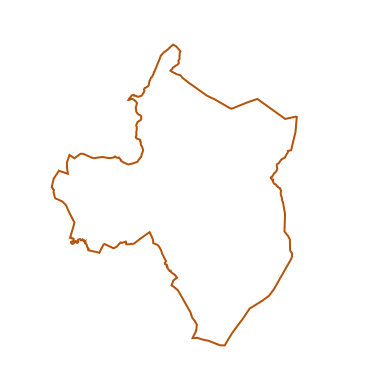 the district of Bagudu, Kebbi, Nigeria, rotated 214°
{"feature_id": "59680162B25890229119009", "entity_name": "Bagudu", "entity_type": "district", "adm_level": 2, "iso_a3": "NGA", "parent_name": "Nigeria", "parent_adm1": "Kebbi", "projection": "natural_earth1", "projection_center": [4.112, 11.314], "detail": "fine", "context": "isolated", "style": "outline", "palette": "amber", "viewbox_px": 384, "rotation_deg": 214, "n_neighbors": 0, "source": "geoboundaries", "source_scale": "gbopen_adm2", "svg_char_len": 5938}
<svg xmlns="http://www.w3.org/2000/svg" viewBox="0 0 384 384"><g transform="rotate(214 192 192)"><path d="M158.0,108.3L156.7,103.1L153.7,103.2L148.6,102.6L126.0,91.4L122.6,88.7L121.1,87.7L118.0,86.8L115.1,85.4L113.8,84.7L111.9,81.3L111.2,79.7L110.7,78.2L110.5,75.9L110.3,74.0L110.0,72.4L109.8,71.2L108.1,72.4L106.2,74.0L100.7,75.6L94.8,78.0L83.2,80.5L79.1,83.1L79.6,91.0L79.8,97.4L79.5,106.8L79.0,114.5L79.0,127.6L72.8,141.5L70.2,148.8L69.7,156.7L72.4,192.3L73.1,194.6L74.1,196.3L75.5,197.5L77.2,197.9L78.5,199.1L80.6,202.0L84.2,207.3L87.7,209.2L93.2,210.9L102.6,225.8L110.7,234.2L112.6,235.5L113.7,236.7L114.3,237.6L115.3,238.2L116.3,239.0L116.9,239.6L117.6,240.3L118.2,241.3L118.5,242.0L119.0,243.0L119.5,243.3L120.4,243.5L120.9,244.3L121.9,244.2L123.3,244.1L123.8,244.1L124.0,244.5L124.9,244.3L126.5,245.1L128.6,244.8L131.0,246.0L131.3,247.0L131.6,247.6L132.2,247.0L134.6,247.7L134.8,248.3L133.9,249.6L134.3,250.5L134.2,252.0L134.4,252.9L134.1,253.9L133.8,255.6L133.8,256.9L134.1,258.6L135.0,259.7L136.8,261.6L137.0,263.0L136.2,264.2L136.1,268.9L134.4,272.3L134.1,272.8L134.5,273.4L134.7,278.4L135.4,279.6L133.2,282.1L139.8,299.7L147.1,312.8L147.9,312.7L155.6,304.7L189.8,305.7L195.2,298.7L205.7,283.2L206.1,283.3L206.4,283.2L206.8,282.9L207.0,282.7L225.5,281.5L228.3,280.9L233.9,280.2L251.4,280.7L255.8,280.7L264.0,281.4L266.7,282.3L268.2,281.7L268.9,281.6L270.0,281.3L270.5,281.1L271.3,281.0L271.6,280.9L272.8,281.0L273.1,280.8L273.5,280.7L274.0,280.7L274.4,280.7L275.5,280.5L276.0,280.5L277.7,280.5L277.6,281.0L277.3,282.4L277.3,283.1L277.3,283.8L277.4,284.5L276.8,285.7L276.3,287.3L275.5,288.8L274.9,291.2L276.8,293.4L276.7,295.3L278.3,297.6L279.8,300.2L280.3,302.2L286.7,303.9L290.0,303.6L291.3,299.2L291.5,297.5L293.0,293.0L293.4,292.3L294.1,287.5L293.2,284.2L292.1,278.5L291.1,274.2L290.9,272.5L290.4,270.8L290.7,270.2L290.5,269.7L289.9,268.6L290.0,267.6L289.6,266.3L289.7,265.8L289.5,265.3L289.8,264.7L289.9,263.7L289.4,261.5L289.3,261.0L289.4,260.5L289.0,259.7L288.7,258.8L288.2,257.5L287.7,256.8L287.5,256.0L287.7,254.6L288.4,253.3L289.4,251.4L289.1,250.1L288.1,249.4L287.8,248.2L287.7,247.2L287.6,246.0L287.6,245.3L287.6,243.8L288.4,242.5L289.3,241.5L289.7,240.9L290.2,240.8L290.8,240.7L291.2,240.4L291.7,240.3L292.3,240.4L292.8,240.2L293.1,239.8L293.7,239.5L294.2,239.9L294.9,239.8L295.0,239.5L295.3,239.3L295.5,239.0L296.0,238.0L296.1,237.5L295.9,236.8L296.3,235.1L296.2,232.7L295.8,232.9L295.5,233.4L295.2,233.9L294.6,235.0L294.2,235.4L293.5,235.7L291.9,236.0L291.4,236.0L291.0,235.9L288.5,235.5L287.9,235.2L287.1,234.7L286.9,233.8L286.5,232.7L286.3,231.9L286.0,230.9L284.8,229.3L284.4,228.8L283.6,228.3L283.3,227.6L281.4,226.7L280.6,226.6L279.8,226.3L278.5,226.6L277.9,226.6L277.2,226.5L276.4,226.2L275.8,225.5L275.2,224.6L274.8,223.9L274.9,223.4L274.8,222.6L275.3,221.8L275.7,221.2L276.2,219.7L276.1,218.5L275.9,217.6L275.6,216.4L275.4,216.0L275.1,215.5L274.1,215.0L273.5,214.0L272.9,213.1L272.4,212.2L271.8,210.8L271.2,209.8L270.9,209.4L270.6,208.9L270.2,208.5L269.9,208.2L269.9,207.8L269.6,207.3L269.6,206.7L269.4,206.2L268.9,205.8L268.4,205.7L268.2,205.5L267.8,205.4L266.3,205.8L264.3,206.2L263.7,206.0L263.2,204.9L262.8,205.0L262.4,204.7L261.9,204.1L261.4,203.3L261.1,202.8L260.3,202.2L258.9,201.8L258.0,201.0L257.5,200.7L256.8,200.1L256.0,199.3L255.6,198.6L255.5,197.9L255.3,197.5L255.1,196.9L254.9,196.4L255.0,195.5L254.6,194.5L254.3,194.2L254.3,193.8L253.9,192.5L254.1,191.3L253.9,190.8L254.0,189.9L254.3,189.0L254.0,186.8L257.1,182.4L258.8,180.8L260.2,179.2L264.5,178.3L268.5,178.1L269.0,178.9L271.3,179.5L271.9,179.7L272.3,179.0L273.7,178.3L275.7,178.4L275.9,177.3L277.1,176.0L279.5,173.8L285.7,171.0L289.1,168.1L292.3,165.1L294.1,164.5L304.0,162.7L305.9,161.2L308.3,154.2L314.3,154.2L312.1,146.3L308.8,141.8L305.1,137.7L314.2,135.2L314.1,125.6L313.2,123.5L312.7,121.9L310.9,117.5L310.5,117.5L308.5,116.6L307.6,116.5L306.9,114.7L303.0,111.1L301.8,110.3L297.6,111.1L297.0,111.1L294.0,111.6L289.3,110.6L287.6,109.8L285.7,108.4L282.7,106.6L272.3,100.9L269.9,93.6L267.6,86.2L267.3,86.7L267.1,86.8L266.9,86.8L266.7,86.7L266.6,86.4L266.3,86.5L266.0,86.5L265.7,86.3L265.2,86.6L264.9,86.9L264.7,86.9L264.4,86.8L264.3,87.0L264.1,87.0L263.8,86.9L263.7,86.5L263.4,86.0L263.3,85.7L263.2,85.6L262.9,85.3L263.0,85.0L263.2,84.7L263.7,83.8L264.0,83.7L264.2,83.4L264.3,83.2L264.1,82.5L263.5,82.0L262.3,82.0L261.6,82.7L261.5,82.9L261.5,83.7L261.1,84.1L261.0,84.4L261.0,84.7L261.1,84.9L261.4,85.0L261.5,85.3L261.4,85.8L261.3,86.0L261.2,86.2L261.0,86.3L260.8,86.2L260.1,86.2L259.5,85.9L259.3,85.7L259.1,85.6L258.8,85.5L258.4,86.3L258.6,86.6L258.4,86.9L258.4,87.2L259.0,87.6L259.4,87.7L259.6,88.0L259.8,88.5L259.8,88.8L259.6,89.1L259.3,89.2L259.0,89.7L258.8,89.9L258.5,90.4L258.1,90.4L257.5,90.0L257.3,90.0L257.1,89.8L256.8,89.9L256.5,90.2L256.2,90.8L256.1,91.3L256.1,91.6L255.8,91.6L255.5,91.5L255.1,91.7L254.3,90.7L254.1,90.5L253.8,90.6L253.5,90.8L253.2,91.4L253.1,91.0L252.8,90.9L252.5,90.9L252.3,91.0L252.1,91.0L251.9,90.8L251.9,90.5L252.0,89.9L251.9,89.7L251.5,89.6L250.8,89.6L250.1,89.4L249.4,89.2L248.9,88.6L248.6,88.1L248.3,87.9L247.7,87.8L247.4,87.6L247.3,87.3L247.1,87.2L246.8,87.2L246.3,87.3L246.1,87.3L245.9,86.6L245.8,86.0L245.7,85.8L245.4,85.7L237.2,89.0L234.9,89.7L235.0,90.3L235.9,98.4L235.9,99.1L235.8,99.5L235.3,100.0L227.2,101.2L225.4,101.6L223.8,104.6L223.0,110.2L221.7,110.5L219.1,113.9L218.8,113.8L217.2,111.9L214.5,113.8L214.0,114.5L213.8,114.6L213.5,114.9L211.6,116.3L211.2,116.9L210.5,119.0L208.9,123.9L208.7,124.3L207.1,128.9L204.7,135.0L199.4,131.9L197.1,130.0L195.5,127.9L193.5,128.4L190.8,128.8L188.6,128.3L185.3,126.5L181.9,124.0L176.8,121.1L175.5,120.6L174.8,120.1L174.8,117.9L174.4,117.3L173.5,117.2L172.5,117.6L172.2,117.6L171.9,117.4L172.0,116.9L171.8,116.8L171.5,116.7L171.2,116.4L171.2,116.0L170.9,115.9L170.7,116.1L170.4,116.1L170.4,115.8L169.7,115.1L169.3,115.1L166.4,114.0L165.7,114.8L164.4,113.8L159.7,113.7L156.5,112.6L158.0,108.3Z" fill="none" stroke="#b45309" stroke-width="2"/></g></svg>